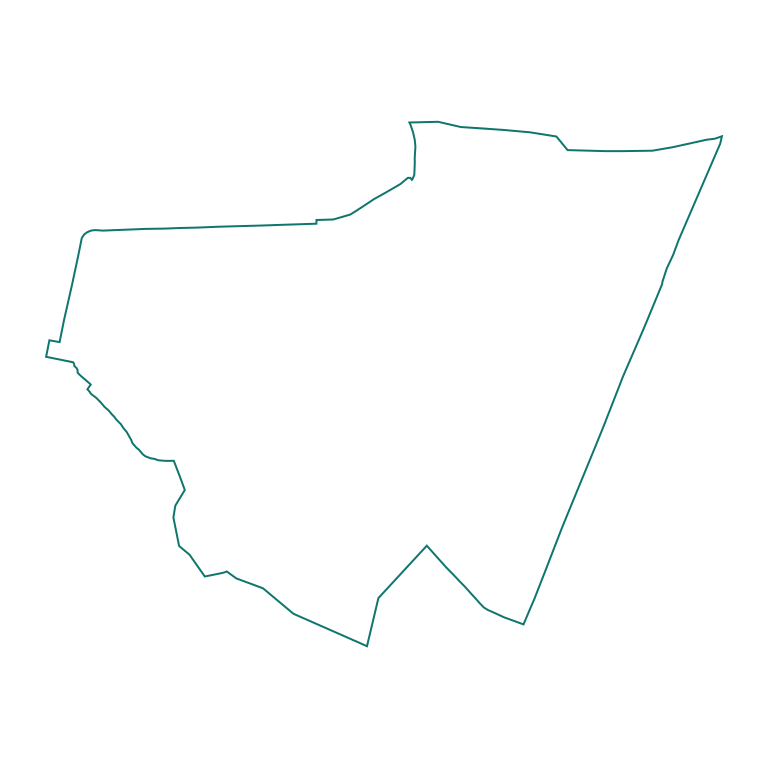 City, Castries, Saint Lucia (Albers equal-area conic projection)
{"feature_id": "8701671B44976535093209", "entity_name": "City", "entity_type": "district", "adm_level": 2, "iso_a3": "LCA", "parent_name": "Saint Lucia", "parent_adm1": "Castries", "projection": "albers", "projection_center": [-60.991, 14.009], "detail": "fine", "context": "isolated", "style": "outline", "palette": "teal", "viewbox_px": 768, "rotation_deg": 0, "n_neighbors": 0, "source": "geoboundaries", "source_scale": "gbopen_adm2", "svg_char_len": 1828}
<svg xmlns="http://www.w3.org/2000/svg" viewBox="0 0 768 768"><path d="M721.9,136.3L714.9,138.7L706.7,139.7L672.2,147.3L652.4,150.7L624.6,151.1L604.2,151.1L567.6,150.1L556.4,136.5L529.9,132.3L503.1,129.9L460.6,127.0L438.2,121.8L409.4,122.5L410.7,125.3L413.0,132.2L413.5,134.2L414.8,140.1L415.4,146.5L414.7,158.3L414.8,162.6L414.3,174.9L412.5,179.0L411.9,179.8L410.3,177.9L407.8,177.9L400.3,184.1L385.3,192.8L374.0,199.1L360.9,207.8L350.4,214.5L333.2,219.5L316.5,220.0L316.4,223.7L288.8,224.6L259.1,225.6L219.1,226.7L196.9,227.6L179.7,228.0L164.9,228.6L145.5,228.9L110.5,230.3L103.1,230.6L95.3,230.1L92.1,230.4L89.7,231.1L87.1,232.3L84.3,234.3L81.8,238.0L78.0,256.8L72.0,284.9L64.0,320.2L59.6,342.1L49.4,340.3L46.1,356.8L73.2,362.3L74.1,364.0L74.4,366.0L76.5,368.0L77.5,369.9L77.7,372.8L80.6,375.7L87.9,382.0L89.9,383.7L90.7,384.6L87.4,389.3L89.2,391.2L90.1,392.5L91.1,394.0L96.3,397.9L100.8,402.5L104.7,407.1L108.6,410.4L111.8,414.3L114.4,416.9L116.3,419.6L120.9,424.2L123.4,428.1L126.7,432.0L129.3,436.6L131.2,439.9L132.5,443.2L136.4,447.7L138.9,449.7L142.8,454.3L145.4,456.3L150.6,458.3L154.5,458.9L158.4,460.3L166.2,460.9L168.5,460.9L172.8,460.8L173.8,460.8L180.1,477.2L184.8,490.0L175.3,505.7L173.4,517.5L174.3,522.0L179.1,546.0L189.6,554.8L204.8,576.5L223.1,572.8L226.8,571.5L236.3,578.4L263.0,588.3L293.5,613.8L367.0,646.2L378.4,598.1L426.8,545.7L438.3,558.6L446.3,567.5L453.2,574.5L459.9,581.6L464.8,586.6L471.8,594.4L475.6,598.5L480.0,603.5L483.9,607.5L487.7,609.9L497.4,614.2L504.0,617.3L523.5,624.4L529.4,610.5L534.3,599.1L535.9,595.0L544.8,572.2L561.7,528.5L567.0,515.5L595.7,445.7L603.5,426.5L619.7,385.0L622.9,376.7L643.0,330.3L646.7,321.5L661.7,285.2L662.1,284.3L662.4,281.9L666.7,268.6L673.1,255.0L678.4,240.7L679.1,239.0L704.1,181.0L720.2,143.7L721.9,136.3Z" fill="none" stroke="#0f766e" stroke-width="2"/></svg>